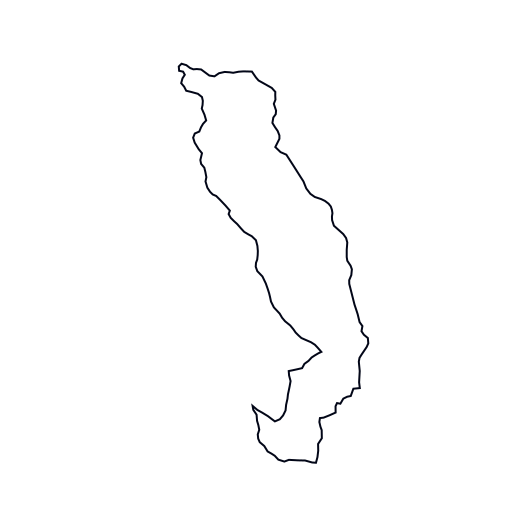 Coroados, São Paulo, Brazil (Robinson projection), rotated 315°
{"feature_id": "56859067B91640420687906", "entity_name": "Coroados", "entity_type": "district", "adm_level": 2, "iso_a3": "BRA", "parent_name": "Brazil", "parent_adm1": "São Paulo", "projection": "robinson", "projection_center": [-50.316, -21.363], "detail": "fine", "context": "isolated", "style": "outline", "palette": "ink", "viewbox_px": 512, "rotation_deg": 315, "n_neighbors": 0, "source": "geoboundaries", "source_scale": "gbopen_adm2", "svg_char_len": 2729}
<svg xmlns="http://www.w3.org/2000/svg" viewBox="0 0 512 512"><g transform="rotate(315 256 256)"><path d="M127.8,415.8L130.7,421.4L135.1,423.4L141.4,430.4L146.1,435.3L149.7,441.7L152.2,444.6L157.2,441.7L162.3,437.7L167.0,432.8L173.7,431.4L176.2,428.8L179.3,425.6L180.9,422.2L183.4,418.2L186.6,415.8L189.5,418.1L195.3,420.6L201.6,423.0L206.0,418.5L209.3,417.3L211.2,420.1L216.9,418.6L221.0,420.0L224.0,422.0L231.0,418.7L236.0,422.8L239.6,418.2L248.0,410.7L254.0,403.4L257.2,401.2L260.7,400.4L269.9,398.6L273.6,397.2L277.1,393.1L276.6,387.9L277.4,383.8L281.7,380.8L282.5,376.0L286.7,369.1L288.9,364.8L291.3,360.0L302.2,341.7L304.8,339.0L309.9,336.9L314.4,333.2L316.0,329.8L317.2,323.9L319.4,320.9L324.5,315.8L330.1,311.0L332.4,307.0L333.2,302.2L332.9,296.8L332.5,289.7L335.2,284.4L337.6,281.8L340.3,279.8L342.3,277.1L343.9,273.9L344.3,270.3L343.7,265.8L342.3,261.8L339.3,255.8L338.4,250.5L339.3,243.8L342.3,236.8L343.5,231.2L346.1,219.6L349.1,205.8L346.8,199.9L346.7,192.6L355.4,189.7L357.8,187.3L359.7,183.0L360.6,178.1L361.7,173.5L366.2,170.3L370.2,169.7L373.0,167.4L376.2,161.0L380.3,159.2L383.2,156.0L385.7,153.6L386.0,148.3L383.6,139.7L381.9,133.7L382.2,129.7L383.5,122.7L377.7,116.6L374.0,113.4L369.4,110.3L367.3,107.5L364.0,103.7L359.1,100.6L353.7,99.6L350.6,95.4L349.1,85.3L346.3,81.9L343.7,79.7L342.3,76.4L341.7,71.8L339.3,67.4L335.4,67.4L332.6,70.7L334.8,74.1L333.8,77.5L329.6,78.4L325.3,80.9L324.9,85.5L323.5,89.8L326.2,94.2L329.6,100.2L330.2,105.4L328.1,108.7L324.9,111.5L321.9,113.4L319.5,119.6L316.6,124.9L312.0,125.1L308.2,126.1L303.9,127.9L299.3,126.1L295.2,127.9L292.8,132.5L291.0,140.0L290.5,145.1L287.6,146.9L284.5,148.8L282.3,152.1L281.9,157.0L279.6,160.8L276.6,165.2L273.0,167.6L269.9,173.3L268.9,178.1L268.9,181.9L270.3,185.4L270.3,191.1L270.1,198.7L269.6,205.4L266.3,207.0L265.1,211.1L265.1,216.0L265.3,220.2L264.9,225.7L264.7,230.6L265.9,235.4L267.0,239.0L267.1,244.8L264.1,249.9L260.8,253.8L257.8,256.6L254.3,259.4L251.2,260.8L248.2,263.4L246.2,267.7L246.1,275.0L243.5,282.4L241.1,287.4L239.0,291.5L237.0,294.8L234.4,298.8L232.3,305.0L232.0,313.5L230.8,318.1L230.4,322.7L231.1,329.4L230.6,334.4L229.9,338.1L229.9,342.3L230.1,346.1L231.8,350.5L233.9,355.8L234.9,360.4L234.8,364.3L234.4,370.0L231.3,368.9L227.4,367.9L223.6,367.1L219.0,367.3L214.0,366.5L209.3,367.9L205.0,365.2L201.1,362.7L197.8,360.5L194.9,363.9L192.0,368.9L187.7,371.9L183.6,374.6L180.8,376.4L177.3,379.2L172.1,382.5L167.7,386.1L162.4,387.9L157.4,388.3L152.4,386.3L151.7,381.5L151.2,377.7L149.6,371.1L148.1,365.8L147.6,359.6L145.3,362.9L144.2,368.6L140.2,373.3L138.1,377.2L135.4,381.2L131.1,383.4L128.4,386.7L127.0,390.3L127.5,396.2L126.0,402.4L127.2,406.7L128.0,410.5L127.8,415.8Z" fill="none" stroke="#020617" stroke-width="2"/></g></svg>